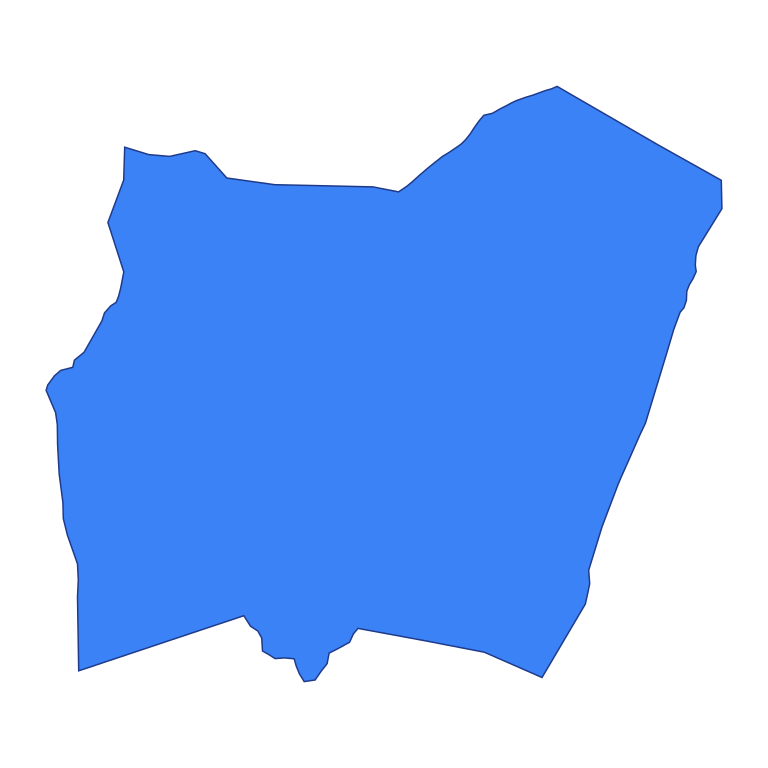 outline of Itainópolis, Piauí, Brazil
{"feature_id": "56859067B45157254788804", "entity_name": "Itainópolis", "entity_type": "district", "adm_level": 2, "iso_a3": "BRA", "parent_name": "Brazil", "parent_adm1": "Piauí", "projection": "orthographic", "projection_center": [-41.486, -7.407], "detail": "fine", "context": "isolated", "style": "filled", "palette": "blue", "viewbox_px": 768, "rotation_deg": 0, "n_neighbors": 0, "source": "geoboundaries", "source_scale": "gbopen_adm2", "svg_char_len": 1487}
<svg xmlns="http://www.w3.org/2000/svg" viewBox="0 0 768 768"><path d="M107.9,222.5L123.8,271.9L120.7,288.0L118.7,295.9L116.2,302.3L110.8,305.8L104.5,312.9L101.9,320.9L84.1,352.2L74.4,360.2L72.8,367.3L60.7,370.4L54.4,375.9L47.8,384.9L46.1,390.3L55.6,412.6L57.3,424.5L57.6,445.0L59.2,474.1L62.9,502.5L63.3,518.5L67.4,535.1L77.5,563.9L77.9,572.0L78.3,580.0L77.5,596.8L78.7,670.8L243.8,615.7L250.5,626.2L257.8,631.0L261.7,638.0L262.5,651.0L269.0,654.7L275.1,658.6L284.6,657.9L294.2,658.8L296.1,665.7L299.3,673.6L304.2,681.6L315.1,680.0L321.0,671.4L327.1,663.7L329.1,653.1L337.3,649.0L349.6,642.2L353.4,633.9L358.0,628.4L426.3,641.0L446.4,644.9L484.3,652.2L542.0,677.5L551.3,661.8L585.3,604.1L587.5,594.3L589.7,583.7L588.7,570.2L602.0,526.9L617.9,484.9L621.1,477.3L628.7,460.3L639.8,435.1L645.5,423.0L667.0,352.2L673.8,329.3L680.1,312.3L683.9,307.8L686.4,300.4L686.8,291.2L689.3,284.8L692.9,278.9L696.2,271.6L695.3,265.2L695.9,255.6L698.4,246.7L721.9,208.7L721.3,180.3L657.6,144.6L557.1,86.4L551.6,88.8L545.3,90.6L538.4,93.1L533.0,95.1L525.4,97.4L516.4,100.6L511.1,103.1L506.0,105.9L500.2,108.8L492.4,113.3L483.8,115.3L479.0,121.0L474.0,128.0L470.2,133.9L465.5,139.8L460.9,144.3L455.0,148.4L448.3,152.9L442.5,156.4L435.0,162.3L428.3,167.7L419.4,175.3L412.7,181.4L406.8,186.3L398.5,191.9L373.0,186.9L329.6,185.9L316.5,185.6L274.8,184.7L226.8,178.0L205.1,153.7L195.2,150.7L169.7,156.4L148.8,154.6L124.7,147.2L123.7,180.1L107.9,222.5Z" fill="#3b82f6" stroke="#1e3a8a" stroke-width="1.5"/></svg>